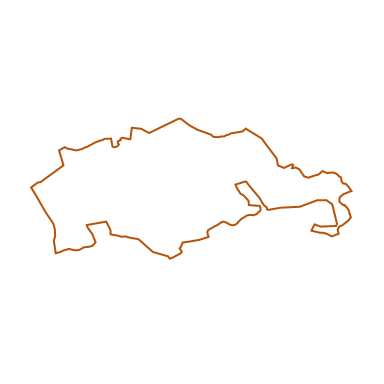 Buji, Jigawa, Nigeria (Equal Earth projection), rotated 256°
{"feature_id": "59680162B86414227144381", "entity_name": "Buji", "entity_type": "district", "adm_level": 2, "iso_a3": "NGA", "parent_name": "Nigeria", "parent_adm1": "Jigawa", "projection": "equal_earth", "projection_center": [9.704, 11.546], "detail": "fine", "context": "isolated", "style": "outline", "palette": "amber", "viewbox_px": 384, "rotation_deg": 256, "n_neighbors": 0, "source": "geoboundaries", "source_scale": "gbopen_adm2", "svg_char_len": 3558}
<svg xmlns="http://www.w3.org/2000/svg" viewBox="0 0 384 384"><g transform="rotate(256 192 192)"><path d="M154.4,347.0L157.7,345.6L159.5,345.0L159.9,344.7L162.6,343.3L163.8,340.6L166.4,339.7L169.9,340.1L172.2,338.1L174.6,336.8L175.8,335.1L177.0,333.0L177.5,328.9L177.6,327.6L178.4,326.9L179.6,325.0L180.7,323.8L180.3,322.8L179.6,321.3L179.2,321.0L179.0,320.3L178.7,319.8L178.3,318.9L178.4,317.4L177.9,310.0L177.7,308.5L179.9,304.7L184.2,303.0L185.2,302.7L186.6,302.2L187.9,301.7L189.6,299.9L190.8,298.4L190.6,296.9L190.7,295.5L191.0,294.8L193.6,296.8L194.5,296.1L194.5,294.7L194.3,293.3L193.8,290.5L193.0,287.3L196.9,281.9L204.2,282.2L220.5,275.2L226.9,272.7L232.3,267.5L239.1,260.7L240.5,259.6L238.5,255.6L239.5,244.3L239.0,242.3L238.8,241.5L238.8,238.7L238.1,236.8L238.4,235.5L238.8,234.0L238.7,231.2L240.4,225.9L243.0,224.4L246.4,219.3L246.9,218.6L251.1,212.3L257.0,205.9L257.3,205.7L259.8,203.6L265.7,198.9L266.4,196.9L259.6,164.7L265.6,158.0L268.9,149.2L258.1,144.9L258.6,143.6L260.0,140.7L260.1,140.4L261.4,137.9L261.5,137.3L261.3,136.6L260.8,136.0L260.8,135.8L260.8,135.6L260.7,135.4L260.3,135.3L260.2,135.3L260.0,135.2L259.9,135.2L259.8,135.3L259.6,135.3L259.5,135.1L259.5,134.8L259.5,134.4L259.4,134.2L259.3,133.7L259.1,132.5L259.0,132.3L258.8,132.1L258.3,132.0L258.0,132.0L257.7,131.9L257.0,132.0L256.5,132.2L256.2,132.5L255.9,132.6L254.7,131.3L254.3,130.0L254.2,128.0L254.4,126.8L255.3,125.8L263.4,126.4L264.1,122.8L264.8,120.0L264.1,118.2L264.0,114.4L263.3,108.8L262.6,106.9L261.8,103.2L261.1,101.3L261.1,98.5L260.5,96.4L260.3,95.7L260.3,91.0L260.3,89.9L264.6,81.1L266.3,79.3L264.5,73.1L248.9,73.7L246.7,68.2L238.2,47.3L238.5,44.6L235.3,37.0L223.3,40.7L218.2,42.1L214.0,43.3L208.3,44.9L194.8,49.8L189.4,49.9L182.6,48.7L178.0,46.1L175.6,45.9L170.0,45.4L165.6,44.9L165.6,49.8L166.4,53.1L166.5,58.8L165.1,61.6L163.7,64.4L163.0,68.2L163.7,71.0L164.5,73.8L163.8,78.5L163.8,82.3L166.6,86.3L170.7,85.7L175.2,85.1L182.6,82.2L185.0,81.9L185.4,81.9L184.0,101.6L177.4,103.1L174.8,103.7L174.4,103.6L170.6,102.8L169.6,104.9L167.7,109.3L165.5,113.0L165.5,114.1L164.8,117.0L162.7,120.7L161.3,123.6L159.9,127.3L158.5,129.2L157.2,130.0L143.1,139.7L141.2,143.1L135.4,153.2L132.7,154.3L133.1,157.8L134.3,162.3L135.0,165.5L136.2,167.6L137.6,167.4L140.2,166.3L141.4,167.9L145.2,170.7L144.5,177.7L144.1,183.6L143.8,187.5L144.4,197.2L147.5,197.0L149.3,197.2L151.1,198.4L151.5,199.8L153.1,205.3L153.3,206.2L153.9,209.0L155.2,212.4L155.7,214.3L155.5,215.6L154.6,217.0L153.6,218.5L152.2,219.7L150.9,221.3L149.8,223.6L149.8,226.1L150.6,228.3L151.8,229.8L153.0,231.8L154.1,233.6L154.8,236.6L155.8,239.0L155.9,240.8L155.7,242.5L155.3,244.3L154.6,245.8L154.9,249.8L156.2,251.0L156.6,252.7L157.5,253.9L159.8,254.7L162.2,254.3L162.3,253.8L165.5,244.0L169.6,244.7L169.8,244.7L176.6,241.0L178.4,238.7L185.1,236.5L188.7,236.0L189.1,243.3L189.3,245.4L189.0,247.0L185.8,248.4L181.0,250.7L178.4,251.9L175.4,253.4L172.8,254.6L170.9,255.5L169.8,256.2L168.6,256.4L167.4,256.8L162.9,258.1L161.0,259.1L160.0,259.9L159.3,260.6L158.3,260.8L157.3,260.5L156.2,261.5L155.3,274.3L151.6,293.0L153.7,311.3L151.5,320.5L146.3,324.9L146.0,325.1L126.0,325.0L124.2,323.5L127.3,308.5L130.9,303.1L128.5,301.0L125.6,298.5L121.6,306.1L120.7,309.5L118.7,312.8L118.4,313.2L115.1,316.9L116.0,324.2L119.9,324.2L122.8,326.3L123.4,329.9L126.4,336.6L129.0,340.0L132.4,339.8L133.1,339.5L133.3,339.8L136.7,339.6L140.1,338.3L141.2,337.2L142.1,337.1L142.6,336.6L142.6,335.8L143.6,334.8L146.6,332.9L146.8,332.9L148.9,333.0L151.5,334.5L153.3,338.6L154.4,347.0Z" fill="none" stroke="#b45309" stroke-width="2"/></g></svg>